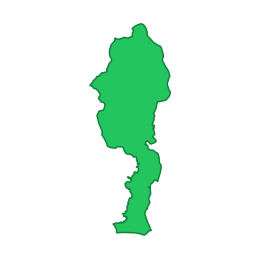 the district of Duy Xuyen, Quàng Nam, Vietnam, rotated 104°
{"feature_id": "81297802B11134761285152", "entity_name": "Duy Xuyen", "entity_type": "district", "adm_level": 2, "iso_a3": "VNM", "parent_name": "Vietnam", "parent_adm1": "Quàng Nam", "projection": "mercator", "projection_center": [108.241, 15.795], "detail": "fine", "context": "isolated", "style": "filled", "palette": "green", "viewbox_px": 256, "rotation_deg": 104, "n_neighbors": 0, "source": "geoboundaries", "source_scale": "gbopen_adm2", "svg_char_len": 5811}
<svg xmlns="http://www.w3.org/2000/svg" viewBox="0 0 256 256"><g transform="rotate(104 128 128)"><path d="M26.1,144.2L28.2,146.4L29.3,147.3L30.2,147.7L30.8,147.9L31.6,146.7L32.1,146.1L32.5,146.1L34.5,146.7L35.7,146.6L37.8,146.2L38.2,146.3L38.4,146.5L39.5,148.1L40.6,149.5L40.8,149.9L41.0,151.4L41.0,153.8L41.1,154.2L41.4,154.5L42.3,154.9L42.5,155.3L42.7,156.2L44.3,158.8L44.4,159.8L44.3,160.7L43.9,161.9L43.9,162.1L44.1,162.3L47.0,162.1L47.5,162.3L49.0,163.3L49.8,163.8L51.6,164.4L52.4,164.6L54.4,164.5L55.1,164.7L55.8,164.8L57.2,164.7L60.9,163.8L62.0,163.3L62.7,162.9L64.0,161.7L65.3,160.8L66.6,160.1L67.0,160.2L67.6,160.5L68.9,161.4L70.1,161.9L74.5,162.4L75.9,162.9L76.6,162.9L76.9,162.7L77.2,162.1L78.0,162.1L78.7,162.3L79.0,162.5L79.4,163.9L80.5,165.0L80.7,166.5L80.9,166.8L81.6,167.3L83.3,168.1L83.9,168.4L84.6,169.0L85.1,169.6L85.4,170.4L85.7,170.7L86.2,170.9L87.0,171.0L87.7,171.2L90.6,173.2L92.0,173.4L95.8,175.2L96.4,172.5L96.6,172.1L97.6,171.0L97.8,170.6L97.9,168.3L98.2,167.6L99.4,165.9L101.4,163.7L102.6,162.9L102.9,162.9L103.4,163.0L104.9,163.7L105.7,163.7L106.6,163.5L107.0,163.1L108.9,160.8L109.2,160.2L109.3,159.6L109.3,157.9L109.5,157.1L109.7,156.8L110.4,156.3L111.6,155.8L115.2,155.9L116.0,156.1L116.7,156.6L117.1,157.1L118.3,159.8L118.6,160.0L118.9,160.2L119.5,160.4L122.5,161.0L123.7,161.0L124.2,160.8L126.9,159.2L129.3,158.1L130.9,157.1L135.9,153.4L136.8,152.8L138.5,151.9L139.9,151.9L140.7,151.7L141.4,151.3L143.1,149.3L145.0,147.5L147.0,145.8L148.4,144.7L149.7,144.1L150.6,143.5L150.9,143.0L150.6,142.3L151.2,141.1L151.2,140.7L151.0,137.9L150.5,135.1L150.4,134.8L150.1,134.6L149.5,134.4L149.0,134.1L148.6,133.7L148.4,133.2L148.4,131.2L147.9,130.2L147.8,128.9L148.1,128.3L148.5,127.7L149.0,127.2L149.6,126.9L150.3,126.7L150.7,126.4L153.2,123.7L153.4,123.3L153.4,122.2L153.1,120.7L152.8,119.7L153.3,118.7L153.4,117.3L153.8,116.9L154.6,115.7L154.7,115.4L154.7,115.1L154.5,114.5L153.9,113.5L154.2,113.1L154.9,112.4L155.1,112.3L155.8,112.3L157.6,111.7L157.5,111.1L157.9,110.8L159.9,110.4L160.0,110.3L160.2,110.1L160.0,108.6L161.5,109.3L161.9,109.2L162.2,109.2L163.7,110.4L163.9,110.3L163.8,109.4L163.8,109.1L165.0,108.0L166.7,107.7L167.9,107.9L168.7,108.3L169.2,108.2L169.3,108.3L169.3,108.6L169.0,109.8L168.9,110.4L169.1,110.8L169.3,111.2L169.6,111.3L170.2,111.3L170.5,111.0L170.9,110.6L171.1,110.5L171.3,110.5L172.5,111.7L173.2,112.1L174.1,112.3L175.0,112.2L175.5,112.4L175.7,112.6L175.8,113.0L175.5,114.9L175.4,116.0L175.5,116.3L175.9,116.3L176.4,115.8L176.8,114.3L177.0,112.7L177.5,112.0L178.6,112.6L179.8,112.8L180.0,113.0L180.2,113.8L180.2,115.0L180.3,115.5L180.7,116.2L183.0,117.4L185.9,115.5L186.6,114.4L186.3,113.7L186.4,113.4L187.1,112.9L187.4,112.6L187.4,112.4L186.8,111.5L186.8,111.0L187.0,110.8L187.5,110.7L188.7,110.8L189.4,110.6L190.0,109.9L190.7,108.7L191.0,108.4L191.5,108.2L193.7,107.6L194.4,107.6L195.0,107.6L195.2,108.9L195.4,109.2L195.8,109.4L196.3,109.6L197.3,109.8L199.7,109.8L200.3,109.9L200.9,110.0L201.0,110.0L201.4,109.3L201.5,109.3L202.9,109.6L204.4,109.9L205.0,109.8L206.6,109.4L208.2,108.7L208.5,108.7L208.7,108.8L209.4,110.3L209.6,110.3L211.1,109.7L211.2,109.8L212.3,112.4L214.1,110.9L214.5,110.8L214.8,110.8L214.5,110.0L214.5,108.2L215.2,108.1L215.3,107.2L216.5,107.1L216.6,107.6L217.6,107.5L217.8,107.9L218.6,107.9L219.6,109.7L220.4,109.1L220.7,109.1L221.1,109.6L221.3,109.9L221.4,110.3L221.3,111.0L220.9,111.2L220.8,111.4L221.0,112.1L221.7,112.2L221.9,112.5L222.2,113.9L222.3,114.1L222.9,114.2L222.9,114.3L223.0,116.3L223.1,116.8L223.5,117.5L224.1,117.9L224.8,119.1L225.0,119.0L225.3,118.3L225.6,118.0L227.4,116.1L228.6,115.2L229.6,114.5L230.3,114.2L232.3,113.7L232.1,112.7L231.7,111.3L230.8,108.5L229.7,104.0L228.2,96.7L227.9,95.1L227.8,92.5L227.7,90.4L227.8,88.2L228.0,86.9L227.9,86.5L227.8,86.1L227.3,85.6L226.6,85.1L224.6,83.6L223.9,83.3L223.3,83.3L221.8,80.8L217.8,83.7L214.9,86.1L209.8,89.3L208.2,90.4L207.1,90.8L206.0,91.0L203.7,90.8L202.6,90.3L201.8,89.7L201.4,89.6L199.8,89.9L198.5,89.6L196.1,88.9L195.4,88.8L194.6,88.9L193.6,89.5L192.5,90.4L191.7,90.6L189.2,90.8L188.7,90.7L187.7,90.1L187.2,90.0L186.5,90.4L185.1,90.4L184.2,90.9L180.7,91.9L181.0,93.2L180.5,93.6L179.7,92.2L177.0,92.4L175.1,90.9L173.4,90.1L171.9,89.6L172.5,86.2L170.8,86.3L164.8,86.0L162.3,86.0L160.5,86.1L157.7,86.4L156.5,86.8L155.7,87.3L154.2,89.0L153.7,89.3L152.3,89.8L149.6,90.5L147.0,91.9L145.7,92.8L145.3,93.2L145.1,93.7L145.0,94.9L144.6,96.0L143.6,97.6L143.7,99.3L144.0,101.5L143.9,101.8L143.2,102.9L142.1,104.1L140.8,104.4L140.2,104.7L140.0,105.1L139.8,107.3L139.5,107.2L139.0,107.3L138.8,107.4L138.6,107.4L138.4,107.0L137.9,107.1L136.9,107.1L135.8,105.9L136.7,104.2L138.0,102.7L138.1,102.4L138.0,102.0L136.8,100.0L135.8,98.8L135.0,98.0L134.6,97.7L134.2,97.6L133.6,97.7L133.2,97.9L132.8,98.4L131.8,99.8L130.8,101.8L128.2,100.9L127.5,100.7L126.8,100.8L125.3,101.7L124.3,102.4L122.4,103.6L122.3,102.7L119.6,103.0L119.2,103.1L119.1,103.4L119.1,104.1L119.6,104.8L119.5,105.0L119.2,105.1L118.5,105.3L117.6,105.3L116.4,105.0L115.7,105.0L114.8,104.8L113.2,104.9L111.6,105.1L109.9,105.1L109.4,105.2L109.1,105.5L107.6,106.8L106.4,106.3L103.9,105.8L100.6,105.7L97.4,105.8L96.0,105.7L95.6,105.5L95.4,105.3L93.1,100.6L92.5,99.2L91.8,98.1L89.7,96.8L88.2,96.1L86.1,95.5L85.0,95.5L83.7,95.6L82.4,95.9L81.0,97.7L79.3,98.5L77.7,99.7L76.6,100.3L75.6,100.6L74.6,100.7L72.6,100.5L70.2,100.5L67.8,100.0L67.4,100.1L66.7,100.4L63.7,102.0L61.8,103.7L59.0,106.7L54.9,110.3L54.0,110.9L53.2,111.3L52.6,111.4L52.3,111.4L50.8,110.9L50.4,110.9L49.8,111.0L48.6,111.4L47.2,112.1L43.9,114.1L42.2,115.1L41.2,116.1L40.8,116.7L40.6,117.1L40.6,118.5L40.5,119.0L39.1,123.1L38.4,124.5L36.1,128.0L34.4,130.8L34.0,131.2L32.9,131.9L31.0,132.4L30.1,132.7L27.3,134.5L26.0,135.7L24.6,137.2L24.0,138.4L23.8,139.1L23.7,139.7L23.8,140.5L24.1,141.4L26.1,144.2Z" fill="#22c55e" stroke="#15803d" stroke-width="1.5"/></g></svg>